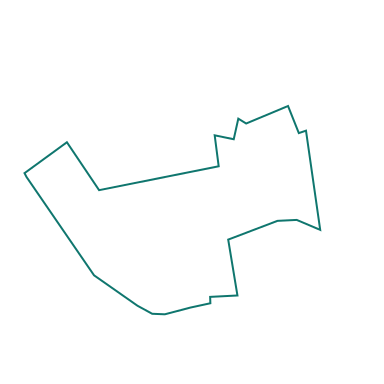 the district of Mvurwi, Mashonaland Central, Zimbabwe, rotated 326°
{"feature_id": "62879985B19451757525909", "entity_name": "Mvurwi", "entity_type": "district", "adm_level": 2, "iso_a3": "ZWE", "parent_name": "Zimbabwe", "parent_adm1": "Mashonaland Central", "projection": "orthographic", "projection_center": [30.851, -17.024], "detail": "fine", "context": "isolated", "style": "outline", "palette": "teal", "viewbox_px": 384, "rotation_deg": 326, "n_neighbors": 0, "source": "geoboundaries", "source_scale": "gbopen_adm2", "svg_char_len": 468}
<svg xmlns="http://www.w3.org/2000/svg" viewBox="0 0 384 384"><g transform="rotate(326 192 192)"><path d="M126.0,286.9L145.0,294.5L148.4,289.1L171.8,303.2L195.4,251.7L246.7,263.7L263.2,273.7L277.1,295.1L320.8,204.9L313.5,202.9L319.7,174.4L275.2,165.5L271.4,157.1L256.1,171.6L242.5,157.7L228.5,185.6L116.0,138.5L116.1,80.8L64.2,82.7L63.7,82.7L63.2,87.1L64.2,206.3L83.2,255.8L90.9,270.7L101.1,278.2L126.0,286.9Z" fill="none" stroke="#0f766e" stroke-width="2"/></g></svg>